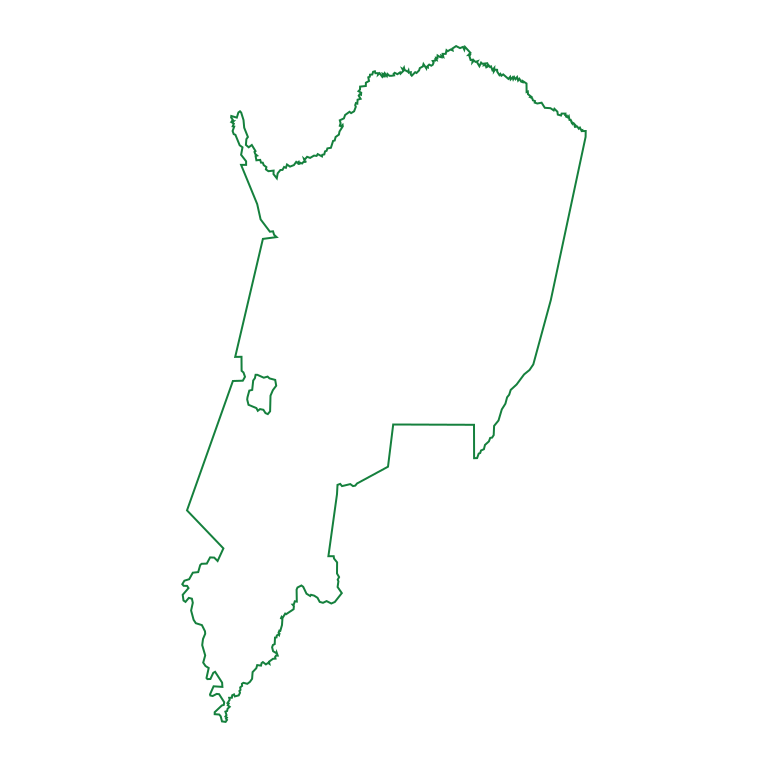 Corumbá, Mato Grosso do Sul, Brazil (Equal Earth projection)
{"feature_id": "56859067B41518599225549", "entity_name": "Corumbá", "entity_type": "district", "adm_level": 2, "iso_a3": "BRA", "parent_name": "Brazil", "parent_adm1": "Mato Grosso do Sul", "projection": "equal_earth", "projection_center": [-56.958, -19.058], "detail": "fine", "context": "isolated", "style": "outline", "palette": "green", "viewbox_px": 768, "rotation_deg": 0, "n_neighbors": 0, "source": "geoboundaries", "source_scale": "gbopen_adm2", "svg_char_len": 5987}
<svg xmlns="http://www.w3.org/2000/svg" viewBox="0 0 768 768"><path d="M550.8,300.1L585.6,136.9L585.7,131.0L582.0,131.1L582.2,130.1L581.3,130.3L579.9,127.6L578.8,128.7L577.2,126.5L575.0,126.9L574.6,125.8L575.5,125.3L573.6,123.2L572.8,124.0L572.3,123.0L572.2,124.0L570.6,119.8L569.5,119.9L568.8,116.3L567.9,117.5L566.1,116.6L566.7,115.5L565.1,115.0L565.4,113.6L561.6,113.6L561.0,115.5L557.8,114.6L557.4,111.7L554.4,108.8L553.7,110.4L550.5,108.2L544.8,107.8L541.6,102.7L537.3,103.5L534.7,102.6L535.0,101.1L532.9,100.3L532.2,98.2L530.3,97.2L531.2,96.7L528.0,94.2L527.8,91.5L526.6,92.0L526.5,83.5L522.7,81.0L522.7,82.2L521.1,81.6L519.4,78.8L518.1,80.5L517.1,77.1L515.5,79.2L514.2,77.1L513.2,79.2L512.6,77.3L510.6,79.4L510.1,76.9L508.4,78.9L503.2,74.4L501.4,75.7L500.4,73.9L499.4,75.1L497.2,71.6L497.1,69.8L495.1,69.6L494.0,71.2L494.2,68.0L492.4,70.2L491.0,66.4L490.0,67.0L488.0,64.5L487.8,66.5L486.3,67.3L485.7,65.2L484.2,65.3L485.9,63.4L482.3,63.8L481.1,62.6L479.4,66.2L477.0,62.2L477.6,61.2L475.5,61.9L473.9,60.5L472.4,62.3L472.7,59.7L470.6,60.0L469.4,56.1L470.0,54.9L468.4,55.0L470.4,52.8L465.0,46.9L464.3,49.7L463.0,46.9L460.0,48.1L456.1,46.1L452.3,48.6L452.6,50.4L450.6,49.5L447.7,51.2L446.5,50.2L445.7,53.9L442.7,53.9L443.3,56.9L441.3,55.7L441.6,57.3L439.8,56.9L437.6,55.5L437.4,58.1L436.1,57.8L436.7,60.0L435.3,59.3L435.2,60.6L432.7,61.0L433.6,62.7L432.7,64.8L431.3,65.7L429.2,64.6L427.8,65.9L427.9,67.5L426.3,66.9L426.2,68.2L423.5,64.1L422.9,66.4L419.8,68.1L419.1,70.4L416.5,73.0L415.2,72.2L411.8,75.7L410.8,74.6L410.8,72.2L408.9,72.7L408.5,70.5L407.9,71.8L404.5,69.8L404.0,67.7L403.2,69.2L402.3,68.7L403.4,70.9L400.5,73.7L400.0,72.4L397.4,74.2L394.7,72.8L393.6,73.9L394.1,75.4L391.5,75.8L389.4,75.8L387.5,74.0L386.9,76.1L384.7,73.2L384.1,74.7L382.8,74.0L383.4,75.9L382.4,77.0L379.6,73.2L378.1,74.6L378.4,73.2L375.4,73.2L374.9,71.3L373.1,71.8L372.3,74.5L370.0,74.7L369.8,76.7L368.3,77.3L369.0,81.0L365.9,82.7L365.8,86.0L360.1,86.6L360.0,89.6L358.5,91.2L361.2,92.7L361.0,94.8L359.6,94.3L358.7,95.7L360.6,98.8L357.6,99.7L357.3,103.6L355.9,103.1L355.2,105.2L355.8,106.8L354.1,111.3L351.1,113.1L349.5,111.8L345.1,115.0L343.9,118.4L339.8,120.3L340.6,123.2L339.8,125.8L341.1,126.3L342.6,124.9L342.8,126.3L339.5,131.5L338.9,134.6L335.6,137.0L334.7,140.5L333.1,140.9L330.9,147.8L327.4,148.4L326.6,150.8L325.0,151.4L324.3,154.4L322.3,154.8L322.0,156.4L317.7,154.1L316.6,155.9L314.0,155.6L310.1,157.9L307.1,156.8L304.8,159.5L303.9,158.7L304.6,161.1L306.3,161.8L303.4,162.0L302.1,163.5L299.4,162.4L299.5,163.8L298.6,163.9L298.5,161.9L297.2,162.8L296.2,161.9L293.9,165.1L290.0,166.6L287.0,164.5L285.9,167.8L284.1,167.0L282.5,169.9L280.4,170.0L277.7,173.3L276.8,178.3L273.5,174.1L273.6,170.6L268.4,171.2L265.9,169.4L266.4,167.1L263.7,165.1L262.8,162.7L261.0,162.6L260.2,159.9L256.4,160.3L255.6,156.1L257.1,155.6L255.2,153.9L254.5,151.9L255.5,151.1L251.8,145.0L248.7,147.3L245.9,144.9L246.4,139.1L247.9,137.0L244.2,127.7L243.5,120.0L241.2,112.6L240.0,111.3L238.4,112.5L236.8,117.6L231.3,116.0L231.1,117.4L232.8,119.9L231.7,121.5L233.5,121.3L232.2,122.6L233.8,123.7L232.7,126.3L234.2,126.6L232.6,131.0L233.7,134.1L235.4,134.8L239.7,145.3L242.5,147.3L241.1,154.8L246.1,161.3L246.1,164.9L241.1,164.9L257.2,204.1L260.6,219.4L269.9,231.7L273.0,231.3L274.1,234.8L276.6,237.1L262.9,238.9L235.2,356.9L241.5,356.8L241.6,370.8L243.5,372.5L245.0,376.8L242.8,380.7L232.9,381.0L187.0,510.4L223.4,548.4L217.6,561.0L214.2,557.6L210.1,557.4L206.8,563.6L201.6,563.8L200.2,565.1L198.2,572.1L192.8,572.7L189.2,579.2L184.4,580.7L182.3,584.2L183.6,585.8L187.1,585.9L188.5,588.1L182.7,594.8L183.5,600.5L185.5,601.9L188.8,597.9L191.9,598.7L192.8,602.8L191.1,610.5L193.6,619.8L195.8,623.2L201.9,625.1L205.0,631.3L205.2,633.8L203.0,639.0L202.2,645.1L205.2,655.4L203.2,662.6L205.5,666.0L208.7,668.0L206.5,678.0L207.4,679.1L210.4,679.0L213.3,672.8L215.1,671.8L222.1,682.6L222.4,686.9L213.6,686.3L210.0,694.4L210.3,695.5L212.7,696.0L216.7,693.9L219.1,694.2L224.2,702.2L223.8,704.9L221.8,705.5L214.7,712.2L214.7,714.2L219.2,714.5L220.7,716.3L222.0,721.4L225.6,721.9L227.0,719.9L226.0,718.7L226.9,717.6L225.4,716.6L226.5,715.1L225.4,711.6L227.1,711.0L227.6,708.7L229.7,706.8L227.7,705.2L228.7,703.5L227.5,703.0L229.7,699.8L229.2,697.8L231.9,697.7L232.2,695.3L234.0,694.4L234.8,696.4L238.7,695.4L240.0,692.8L239.4,691.0L240.5,689.9L240.2,687.4L242.1,685.9L241.9,683.8L243.4,682.8L247.3,683.8L249.9,681.9L252.1,678.8L252.6,672.1L256.3,668.2L257.2,665.1L261.0,665.6L261.6,663.1L262.9,662.1L265.9,664.4L268.1,662.9L269.4,663.8L269.0,661.7L273.0,658.8L275.5,658.6L275.1,657.0L276.0,655.6L277.7,655.6L276.6,652.4L276.4,653.2L273.1,651.2L272.1,647.3L272.9,645.0L274.7,644.1L275.0,637.6L276.5,637.4L276.8,635.5L278.6,634.3L279.1,635.0L279.5,633.6L278.6,632.6L279.4,630.6L280.3,630.9L282.0,625.0L282.4,619.0L281.0,618.2L281.6,616.9L282.5,618.1L285.2,613.6L286.1,614.2L293.6,609.2L293.9,606.2L292.6,604.6L293.8,604.5L294.8,601.3L296.8,601.6L296.6,589.6L297.5,587.5L301.4,585.5L303.2,586.8L306.5,593.7L310.2,596.0L311.0,594.8L314.1,595.6L317.5,597.8L319.7,601.9L323.0,602.8L326.6,601.1L331.3,603.5L334.8,602.0L341.8,593.1L337.6,587.0L338.4,581.3L337.7,579.7L339.1,577.1L337.0,573.5L337.1,562.4L334.0,558.5L333.7,556.2L328.4,556.2L337.0,494.2L337.5,484.9L340.2,483.9L342.0,486.1L350.3,484.1L353.0,486.1L355.3,485.6L357.0,483.5L388.0,466.7L393.2,424.5L474.0,424.8L474.1,458.2L477.1,458.1L478.7,453.6L480.2,453.0L481.0,450.5L483.9,449.2L485.0,444.9L488.9,441.4L490.2,437.9L492.1,437.6L493.7,435.1L494.1,425.9L498.5,420.5L501.8,409.4L505.4,403.7L507.1,397.3L509.2,394.7L510.7,389.9L516.6,384.5L524.1,374.4L529.5,370.0L533.3,364.4L550.8,300.1ZM254.9,378.2L255.6,374.8L257.3,374.8L263.8,377.7L267.6,376.6L269.5,378.4L275.2,379.9L276.2,385.7L272.9,390.1L270.5,395.7L270.1,411.3L267.8,414.1L265.5,413.1L263.4,409.8L260.0,409.1L257.8,410.8L256.4,408.1L248.5,404.8L247.2,399.5L247.5,397.2L249.3,390.6L252.2,389.9L253.2,380.5L254.9,378.2ZM384.1,74.7L385.2,75.5L384.5,77.2L384.4,76.3L384.1,74.7Z" fill="none" stroke="#15803d" stroke-width="2"/></svg>